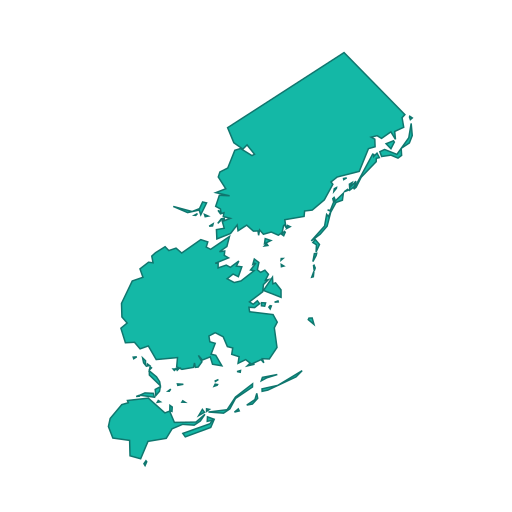 outline of Marovo, Western, Solomon Islands, rotated 75°
{"feature_id": "97153195B98406832943487", "entity_name": "Marovo", "entity_type": "district", "adm_level": 2, "iso_a3": "SLB", "parent_name": "Solomon Islands", "parent_adm1": "Western", "projection": "robinson", "projection_center": [157.974, -8.525], "detail": "fine", "context": "isolated", "style": "filled", "palette": "teal", "viewbox_px": 512, "rotation_deg": 75, "n_neighbors": 0, "source": "geoboundaries", "source_scale": "gbopen_adm2", "svg_char_len": 6204}
<svg xmlns="http://www.w3.org/2000/svg" viewBox="0 0 512 512"><g transform="rotate(75 256 256)"><path d="M82.3,118.3L124.7,250.2L140.9,248.1L149.3,241.0L146.4,235.9L157.3,231.1L158.0,233.9L148.2,243.1L148.4,249.1L163.7,260.5L165.5,269.1L169.9,272.0L183.2,267.8L184.4,278.4L191.0,265.9L187.9,275.7L197.6,282.1L201.3,278.2L204.6,278.5L202.1,280.9L206.1,279.4L205.9,275.8L209.4,277.4L213.0,271.1L213.9,279.6L221.0,279.5L220.3,287.4L229.4,289.4L227.7,274.8L221.2,266.2L227.0,266.8L223.8,257.0L231.3,252.1L232.3,247.6L236.7,248.1L231.7,245.8L236.9,243.2L236.8,235.1L241.7,229.0L240.1,224.7L233.8,221.5L233.3,220.2L236.4,219.7L228.4,218.8L230.2,199.3L225.1,197.4L226.2,189.8L219.5,175.5L206.6,163.2L203.9,164.4L200.7,157.1L201.0,134.4L181.4,119.6L181.3,112.7L173.9,111.0L171.0,114.0L171.1,107.9L174.9,104.3L171.0,93.6L179.4,91.1L171.6,89.8L169.9,80.0L160.2,79.1L158.0,75.6L82.3,118.3ZM361.2,276.1L356.8,276.5L358.9,269.8L349.8,259.4L330.1,256.9L325.4,252.6L317.0,254.7L308.2,276.6L303.7,276.1L305.5,270.7L303.0,264.9L299.6,266.3L301.9,271.2L298.6,274.2L292.3,258.8L285.5,256.2L282.0,250.0L281.9,253.2L276.9,248.7L272.0,251.1L273.0,255.8L269.7,258.3L263.0,254.9L258.5,258.4L263.2,261.2L262.6,259.2L262.8,258.7L263.2,258.4L268.1,264.9L269.7,261.6L276.2,276.9L276.0,283.9L270.5,289.8L267.5,282.8L271.4,278.4L262.8,272.5L260.7,277.6L256.4,273.9L260.3,283.7L257.1,287.1L257.7,295.7L253.1,294.4L252.5,297.3L250.7,283.0L247.2,286.5L243.1,284.9L242.4,290.2L239.3,281.7L230.3,276.6L237.8,298.1L234.5,301.8L229.9,298.9L225.9,305.1L233.9,327.0L227.7,331.2L228.2,338.8L223.5,341.4L226.8,352.2L229.1,356.7L235.9,357.2L234.2,361.4L238.4,371.4L247.3,370.7L248.1,382.0L267.0,398.2L280.2,401.3L287.4,397.8L290.8,405.2L306.0,404.6L307.9,395.7L315.7,392.0L315.0,383.3L330.2,379.2L333.8,358.1L342.5,361.3L346.3,356.9L347.4,345.2L343.4,343.1L347.9,343.4L348.3,340.6L344.2,335.6L337.1,337.4L342.6,334.7L341.6,326.3L349.3,326.0L353.2,317.4L341.5,320.6L339.2,324.8L329.8,318.0L326.9,322.8L321.1,322.2L319.5,315.3L325.5,308.6L336.1,307.1L338.8,302.3L344.7,304.9L348.9,298.4L355.0,301.1L353.4,292.8L359.2,288.4L357.4,277.9L361.2,276.1ZM422.0,419.9L407.1,408.3L408.9,389.9L401.2,381.8L399.6,370.5L403.4,359.5L401.0,352.5L395.7,346.3L400.9,357.0L395.6,377.9L383.5,379.6L384.0,384.6L365.4,396.8L362.3,417.6L364.7,417.3L364.8,424.1L375.2,438.9L382.5,442.7L394.8,441.4L401.4,425.8L416.4,429.4L422.0,419.9ZM198.2,93.5L196.5,89.3L189.6,87.9L186.5,78.6L180.1,73.9L168.1,71.8L181.3,77.8L194.3,93.6L186.4,104.2L187.3,109.4L192.4,108.9L193.5,99.6L198.2,93.5ZM302.4,242.5L295.2,240.6L287.0,244.1L287.2,246.9L280.8,245.6L291.2,257.7L302.4,242.5ZM216.8,144.3L215.5,141.5L207.2,134.1L196.0,115.5L192.8,114.5L192.9,111.4L188.0,112.5L190.3,116.5L188.4,116.0L187.8,116.9L216.8,144.3ZM412.4,371.1L409.9,344.1L402.9,338.6L398.8,344.5L403.1,345.9L403.3,340.6L406.1,343.8L408.4,372.6L412.4,371.1ZM201.9,298.7L191.9,290.0L190.0,293.6L195.6,298.3L196.5,306.2L186.7,323.1L196.4,310.8L196.9,299.0L201.9,298.7ZM399.4,328.0L396.9,320.8L388.3,312.7L381.6,293.3L378.6,292.4L386.9,312.3L397.0,323.7L394.4,342.3L399.4,328.0ZM388.6,279.3L383.1,248.6L378.7,241.1L386.6,268.4L385.9,284.6L388.3,285.1L388.6,279.3ZM255.7,198.7L251.6,188.4L245.6,179.6L232.3,172.1L236.6,175.8L234.1,177.0L244.8,182.0L255.7,198.7ZM356.4,382.0L352.5,381.6L346.9,383.4L339.3,388.8L343.4,389.8L356.4,382.0ZM232.4,171.9L225.0,164.8L224.5,158.1L218.0,155.4L224.7,167.6L231.2,172.4L230.0,174.9L232.4,171.9ZM366.1,390.7L362.1,390.7L359.5,398.7L360.4,404.3L366.1,390.7ZM187.3,97.9L181.8,92.9L180.3,93.4L181.2,101.3L187.3,97.9ZM216.6,148.3L214.5,143.2L209.6,140.1L214.0,147.3L209.9,144.1L210.8,147.2L216.6,148.3ZM364.9,388.9L361.7,384.2L357.5,382.3L358.8,387.9L364.9,388.9ZM398.1,297.8L393.9,291.2L388.9,290.8L394.4,294.2L397.6,303.5L398.1,297.8ZM267.6,196.9L261.3,191.7L255.4,194.5L257.7,197.6L260.8,194.7L267.6,196.9ZM395.3,352.6L393.6,346.2L390.3,347.5L395.3,352.6ZM306.7,260.6L303.8,258.9L302.5,262.8L305.5,263.6L306.7,260.6ZM377.9,283.2L376.5,277.3L376.0,266.1L374.9,281.2L377.9,283.2ZM337.1,217.7L330.4,217.8L329.7,220.9L331.0,222.0L337.1,217.7ZM401.2,317.2L401.3,312.3L399.1,312.7L401.2,317.2ZM332.8,391.0L328.6,389.8L325.1,391.9L330.1,392.2L332.8,391.0ZM215.1,293.5L215.7,290.2L213.8,289.1L215.1,293.5ZM384.4,377.4L380.2,376.0L378.0,377.8L383.1,379.3L384.4,377.4ZM246.3,244.6L244.9,237.6L241.6,242.6L246.3,244.6ZM214.6,284.5L211.5,279.0L212.7,278.9L213.4,277.1L211.5,277.0L211.1,279.9L214.6,284.5ZM359.9,292.9L360.2,285.4L359.3,290.1L358.5,290.4L359.9,292.9ZM276.1,202.5L271.1,197.8L269.1,196.7L268.8,199.0L276.1,202.5ZM243.6,224.0L240.6,221.6L239.6,222.2L241.8,225.5L243.6,224.0ZM237.4,219.4L236.5,215.4L234.6,217.7L237.4,219.4ZM346.0,361.7L344.5,359.0L344.0,362.1L346.0,361.7ZM323.6,400.7L322.5,397.3L321.9,400.8L323.6,400.7ZM305.4,250.0L306.1,246.4L305.1,246.4L305.4,250.0ZM364.2,301.3L362.6,300.6L362.7,304.2L364.2,301.3ZM393.3,344.0L392.1,340.7L390.8,343.3L393.3,344.0ZM366.7,327.7L365.6,324.3L366.1,327.7L366.7,327.7ZM338.4,388.4L337.0,385.9L335.5,386.9L338.4,388.4ZM429.7,417.4L426.5,414.8L425.3,415.3L427.6,418.0L429.7,417.4ZM290.9,207.7L290.9,206.0L285.7,204.0L290.9,207.7ZM272.9,234.2L272.9,231.7L270.7,233.8L272.9,234.2ZM201.2,303.7L199.9,301.6L200.7,305.0L201.2,303.7ZM223.3,167.0L221.5,165.1L219.6,165.4L220.5,167.0L223.3,167.0ZM378.0,365.4L378.9,362.4L376.9,364.2L378.0,365.4ZM334.1,389.8L334.2,387.2L332.2,388.8L334.1,389.8ZM364.2,374.8L362.5,372.8L363.8,376.0L364.2,374.8ZM371.0,330.2L370.8,327.0L370.2,326.4L369.2,328.6L371.0,330.2ZM285.4,203.6L282.9,201.9L279.9,202.3L280.1,202.9L285.4,203.6ZM371.8,389.3L372.1,386.1L370.3,387.8L371.8,389.3ZM204.9,151.5L204.0,148.2L203.8,151.4L204.9,151.5ZM266.5,232.9L265.4,230.6L265.0,232.3L266.5,232.9ZM345.4,364.5L344.4,362.5L343.7,365.3L345.4,364.5ZM164.2,71.6L163.1,69.3L160.8,71.3L161.5,71.8L164.2,71.6ZM360.7,365.0L361.1,359.4L359.2,365.0L360.7,365.0ZM248.5,245.2L248.9,241.8L246.8,242.5L248.5,245.2ZM310.8,256.0L308.2,254.1L307.6,255.2L308.7,256.8L310.8,256.0ZM216.8,154.3L216.3,149.6L215.3,150.2L216.8,154.3ZM213.8,164.1L211.4,160.8L210.7,160.5L211.3,163.0L213.8,164.1ZM360.7,408.1L361.2,405.2L360.4,405.5L360.7,408.1ZM204.9,294.9L205.1,291.8L202.5,295.0L204.9,294.9Z" fill="#14b8a6" stroke="#0f766e" stroke-width="1.5"/></g></svg>